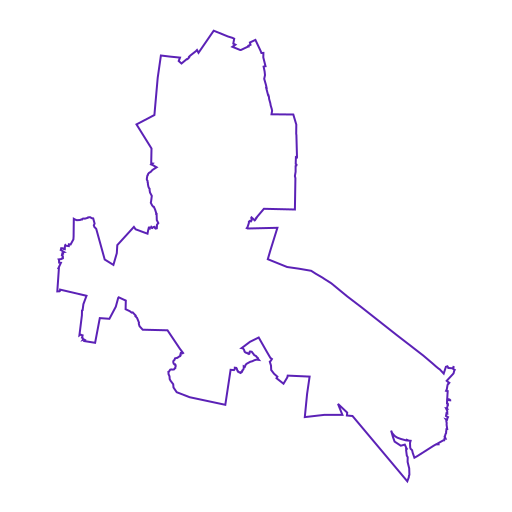 Asientos, Aguascalientes, Mexico (Natural Earth projection)
{"feature_id": "50627088B20342766547871", "entity_name": "Asientos", "entity_type": "district", "adm_level": 2, "iso_a3": "MEX", "parent_name": "Mexico", "parent_adm1": "Aguascalientes", "projection": "natural_earth1", "projection_center": [-102.056, 22.132], "detail": "fine", "context": "isolated", "style": "outline", "palette": "violet", "viewbox_px": 512, "rotation_deg": 0, "n_neighbors": 0, "source": "geoboundaries", "source_scale": "gbopen_adm2", "svg_char_len": 5952}
<svg xmlns="http://www.w3.org/2000/svg" viewBox="0 0 512 512"><path d="M142.7,329.7L167.5,330.3L179.9,348.8L183.1,353.0L182.6,353.3L181.7,352.6L180.8,352.9L180.6,353.4L180.6,354.3L180.8,354.8L180.2,355.1L180.2,356.1L178.7,356.8L177.7,357.6L177.4,357.9L176.8,357.9L175.0,358.4L174.5,359.9L173.6,360.6L173.3,361.3L173.3,362.4L173.7,363.6L174.6,364.6L175.2,364.4L175.6,365.1L175.7,366.2L175.3,367.4L175.3,368.1L174.6,368.5L174.2,369.3L173.6,369.5L172.0,369.6L171.3,369.4L170.2,369.7L168.8,371.8L168.4,372.0L168.5,372.2L168.5,374.0L169.5,376.3L169.7,379.1L170.6,380.8L173.2,384.2L173.5,387.5L176.7,392.2L189.6,397.2L225.3,404.8L230.6,369.8L234.0,370.1L234.7,369.3L234.8,367.7L236.3,367.9L236.8,368.7L237.1,369.8L237.4,370.6L237.6,370.6L237.8,370.8L238.1,371.8L239.1,372.1L239.4,372.5L240.1,372.7L240.5,373.0L240.7,372.9L240.8,372.2L241.6,372.2L241.8,372.1L242.3,371.1L242.2,370.5L243.0,369.9L243.5,369.1L243.8,367.6L243.7,367.0L243.7,366.3L244.8,366.9L245.7,364.7L246.6,363.8L250.2,361.8L252.4,361.2L254.4,360.2L256.6,359.6L258.9,359.9L258.1,358.9L257.9,358.0L256.7,357.0L256.2,356.2L254.3,355.1L253.8,354.6L253.4,353.8L252.9,353.3L251.8,351.8L250.6,351.5L249.9,351.5L249.6,352.0L249.5,353.5L249.2,353.9L248.9,354.0L248.4,353.3L247.7,353.5L246.9,352.8L246.3,352.9L245.1,352.2L244.5,351.5L244.4,350.8L244.0,349.8L243.3,348.8L242.7,348.3L241.6,348.1L250.0,341.8L258.7,337.5L266.6,351.4L270.4,357.9L271.9,359.0L270.8,360.8L269.8,361.7L271.0,365.6L271.2,370.0L274.0,373.7L277.4,376.7L276.5,378.2L283.5,383.7L287.3,377.4L287.7,375.6L309.6,376.6L307.1,393.8L304.8,417.1L324.0,414.9L342.4,414.9L338.0,403.9L347.2,412.6L346.9,415.5L352.5,416.0L407.3,481.3L408.8,477.3L409.0,475.5L409.4,474.9L409.2,468.4L407.6,461.9L407.7,457.2L406.8,455.6L406.1,450.1L406.8,449.0L406.1,448.6L406.3,447.9L404.8,444.6L400.8,445.7L394.6,441.6L393.0,437.2L391.1,430.6L392.2,433.1L393.7,434.9L395.1,436.3L397.4,437.7L401.0,439.0L406.1,440.4L406.7,440.4L406.8,439.8L407.4,440.0L407.3,440.5L410.6,440.8L410.0,443.0L410.2,447.5L410.6,448.8L412.1,450.2L412.7,452.8L414.4,457.7L417.0,456.3L433.5,445.8L436.3,444.2L436.4,444.4L438.5,444.3L438.2,443.2L443.2,440.4L444.2,440.3L444.5,438.5L445.6,438.6L444.7,436.5L444.9,436.4L445.5,434.1L446.1,433.1L446.1,431.5L446.3,431.0L446.3,430.1L446.5,429.0L447.2,429.0L446.6,424.8L446.7,422.9L446.4,421.8L446.3,420.0L445.9,419.4L447.0,419.8L447.5,418.0L448.0,417.1L446.0,416.0L446.5,413.2L447.3,413.5L447.2,410.8L446.0,408.3L447.1,408.5L446.9,408.2L447.7,405.5L447.9,405.3L447.9,404.8L447.5,405.0L447.5,403.5L447.0,403.3L447.1,400.0L450.2,400.3L450.2,400.1L449.5,399.5L448.6,399.2L448.1,399.2L447.2,398.7L447.7,391.1L446.1,390.8L446.8,389.3L447.5,385.2L447.8,384.3L448.4,383.6L448.6,383.7L449.3,382.8L448.2,382.1L446.7,380.8L453.3,373.7L453.6,373.2L454.3,370.4L454.7,369.9L453.1,368.9L453.0,368.5L453.6,367.1L453.4,367.0L452.9,368.3L448.4,368.0L448.4,367.8L447.4,366.3L445.9,366.8L443.7,373.6L439.7,369.3L438.7,368.7L435.9,366.4L432.4,363.3L423.2,355.5L396.4,334.8L361.9,307.6L347.1,296.3L331.3,283.3L324.5,279.0L322.6,277.7L315.7,273.7L311.2,270.8L299.0,268.7L287.1,267.0L267.8,259.2L270.3,250.6L277.4,227.8L247.7,228.5L246.8,228.1L247.5,227.2L248.9,222.9L248.9,221.7L249.8,220.9L250.9,221.4L251.6,220.4L251.3,217.7L251.5,217.4L254.4,220.0L254.6,220.4L254.9,220.3L256.5,217.9L256.3,217.8L263.9,208.8L294.9,209.5L295.4,178.2L294.9,176.0L295.6,171.8L295.6,166.0L296.4,165.5L296.5,164.6L295.7,163.9L295.9,157.4L296.4,157.7L296.9,157.7L297.0,157.4L296.4,135.1L296.2,133.8L296.3,124.6L293.3,114.5L271.5,114.3L272.1,110.8L271.7,108.8L270.7,105.5L270.3,103.2L269.1,98.9L268.9,96.7L268.4,95.1L268.1,95.2L266.2,87.9L266.6,87.9L266.0,85.1L264.2,78.8L265.0,75.1L264.6,71.4L263.6,66.6L264.6,66.3L265.5,66.2L263.3,57.4L263.4,52.9L261.4,53.0L260.6,50.9L255.4,39.9L249.9,42.5L250.5,44.8L248.4,45.7L248.6,46.5L248.0,46.6L241.1,49.9L240.2,50.0L232.4,46.8L235.4,44.7L233.3,43.6L234.2,38.7L232.3,37.8L228.0,36.5L213.7,30.7L198.5,52.8L197.0,50.0L196.8,50.2L196.9,50.4L190.5,55.4L189.0,56.8L189.2,57.4L187.4,59.2L186.8,59.1L181.5,63.5L178.7,61.0L180.0,57.6L170.0,56.6L160.9,55.5L157.7,77.8L154.4,115.0L136.5,124.4L151.5,148.5L151.2,163.3L152.5,163.5L151.3,164.5L152.6,165.0L156.6,167.3L152.4,170.0L150.8,171.8L149.0,172.9L148.1,174.0L147.9,175.0L147.5,175.3L147.3,175.9L147.0,177.6L146.8,179.1L146.9,179.8L147.6,181.0L147.6,182.3L147.9,182.8L147.9,184.1L148.4,186.6L148.9,187.9L149.6,188.8L149.6,190.1L150.0,192.5L151.8,195.9L151.1,201.3L150.8,202.8L152.2,205.5L153.5,206.9L153.9,206.9L155.1,209.6L156.2,213.1L156.0,214.8L156.1,214.2L156.6,214.1L156.8,220.1L158.3,223.1L157.0,224.7L156.8,228.3L155.6,228.6L155.1,228.2L154.6,226.8L153.4,227.1L152.2,227.9L151.3,226.9L151.1,227.3L151.4,227.8L149.5,227.5L149.5,228.5L148.7,228.1L148.1,230.5L147.5,233.7L135.6,229.3L133.9,226.9L117.3,245.1L116.8,253.2L113.4,264.9L104.7,259.5L96.4,229.5L96.2,228.8L94.4,227.0L93.8,225.3L94.6,223.6L93.2,218.4L91.8,218.2L90.1,217.2L88.6,217.3L88.3,217.5L87.9,217.5L87.8,217.8L84.8,218.7L84.0,218.5L82.7,218.7L82.2,219.3L81.8,219.3L81.8,219.5L81.3,219.5L80.0,220.0L76.8,220.2L75.0,219.5L73.8,218.8L73.6,236.4L73.4,239.4L70.6,244.5L68.9,244.3L68.8,246.1L65.8,245.7L65.3,245.0L65.2,245.1L64.9,246.4L64.8,249.2L63.8,249.0L63.0,248.3L61.2,248.2L61.0,249.1L61.2,249.4L60.8,250.0L64.0,252.0L63.1,252.1L63.1,253.6L62.3,253.4L61.9,255.3L62.6,255.7L62.7,256.6L62.5,257.5L62.9,257.4L62.9,258.3L61.1,259.1L58.7,259.4L59.0,260.0L59.1,262.6L60.9,262.8L58.4,268.2L58.9,268.3L57.3,291.4L59.5,291.3L60.0,290.8L60.1,289.6L86.5,295.8L83.4,304.1L82.6,310.2L82.0,310.5L81.9,315.3L79.4,335.4L80.6,334.6L82.0,335.2L82.6,335.3L82.6,335.6L82.0,337.6L82.4,337.7L82.7,338.0L83.2,339.3L82.8,339.9L84.0,339.5L85.1,340.1L84.5,341.1L95.1,342.8L99.8,318.1L109.4,318.8L115.8,306.7L118.2,297.9L118.7,297.3L125.8,300.6L125.6,309.2L129.8,311.2L131.6,312.6L132.7,312.4L135.7,315.6L135.4,316.2L137.0,317.8L139.0,322.7L138.9,323.0L138.8,323.7L139.1,324.8L139.6,326.3L142.7,329.7Z" fill="none" stroke="#5b21b6" stroke-width="2"/></svg>